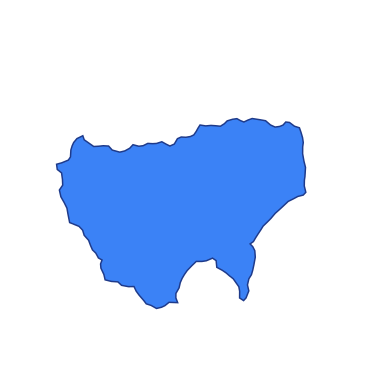 outline of Queiroz, São Paulo, Brazil, rotated 319°
{"feature_id": "56859067B20589699354509", "entity_name": "Queiroz", "entity_type": "district", "adm_level": 2, "iso_a3": "BRA", "parent_name": "Brazil", "parent_adm1": "São Paulo", "projection": "albers", "projection_center": [-50.245, -21.799], "detail": "fine", "context": "isolated", "style": "filled", "palette": "blue", "viewbox_px": 384, "rotation_deg": 319, "n_neighbors": 0, "source": "geoboundaries", "source_scale": "gbopen_adm2", "svg_char_len": 2003}
<svg xmlns="http://www.w3.org/2000/svg" viewBox="0 0 384 384"><g transform="rotate(319 192 192)"><path d="M68.8,201.3L72.5,206.6L77.1,211.2L77.6,216.2L81.9,221.7L86.2,225.3L84.8,230.3L84.4,235.3L84.4,242.2L84.1,246.4L86.7,250.7L88.8,256.6L93.4,259.0L97.0,260.0L102.3,260.2L108.6,266.1L110.3,261.4L113.3,258.0L119.3,255.9L123.7,252.7L127.9,250.7L132.1,249.3L136.9,248.1L143.5,247.5L149.7,247.2L153.9,250.9L157.7,253.3L164.1,255.4L165.2,259.6L161.3,265.1L163.5,271.0L164.7,275.6L165.3,280.0L166.2,284.5L165.2,294.2L162.9,298.1L158.4,303.2L159.7,307.8L163.3,307.4L170.0,303.9L172.9,298.5L178.0,294.8L182.6,293.4L186.6,290.8L191.0,287.5L197.0,282.7L200.9,277.5L202.0,273.1L201.8,269.3L205.8,269.7L210.0,268.3L214.7,266.9L219.1,265.7L223.3,264.4L229.0,264.1L234.3,263.7L240.7,262.7L247.9,262.6L253.6,262.4L258.4,262.2L263.7,263.6L269.0,264.8L273.9,267.3L277.7,266.9L280.7,261.1L284.6,256.8L287.3,254.5L293.8,247.9L296.7,242.2L300.6,235.7L305.1,230.6L308.4,227.7L311.1,223.5L313.4,218.5L315.2,214.0L312.5,209.6L311.2,203.5L308.7,200.7L304.6,201.2L301.3,200.1L297.3,197.5L295.2,192.8L294.3,186.5L290.5,181.8L285.6,176.0L281.4,174.4L277.1,173.2L275.4,169.9L274.0,166.1L270.3,163.7L265.2,161.4L261.3,161.7L256.6,161.0L253.0,157.2L250.0,154.2L245.7,151.1L242.0,146.7L238.6,147.7L234.7,149.1L230.8,150.1L227.2,149.1L223.3,146.7L219.9,143.4L216.0,142.2L210.1,144.2L205.5,142.8L203.9,139.0L202.2,134.3L197.1,132.1L194.0,129.7L190.5,126.3L185.5,125.0L181.9,122.6L178.5,117.6L173.7,118.1L168.2,116.9L163.6,114.5L159.3,108.0L159.2,102.6L155.4,98.9L151.7,96.3L147.7,93.2L146.2,87.2L144.9,81.9L146.5,77.9L140.2,76.2L135.2,77.0L131.9,78.5L128.2,80.8L123.3,85.8L119.6,86.8L112.8,84.5L108.0,82.2L105.1,86.6L106.1,92.0L102.5,97.5L98.9,102.0L93.2,103.5L89.9,109.6L88.6,116.1L87.0,122.2L84.2,126.8L82.4,129.9L79.6,134.8L84.2,143.8L84.4,149.1L82.2,154.0L82.3,160.6L80.3,165.9L78.9,170.4L79.3,175.0L78.1,180.4L79.5,184.3L75.8,186.3L73.3,189.7L71.4,196.4L68.8,201.3Z" fill="#3b82f6" stroke="#1e3a8a" stroke-width="1.5"/></g></svg>